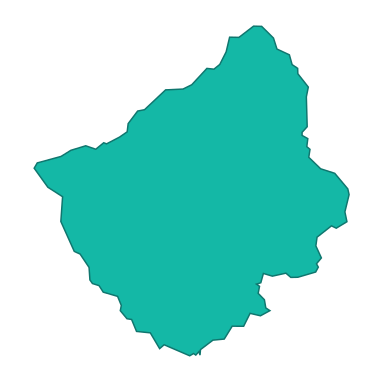 Demir Hisar, Demir Hisar, North Macedonia, rotated 88°
{"feature_id": "65306769B51033238442002", "entity_name": "Demir Hisar", "entity_type": "district", "adm_level": 2, "iso_a3": "MKD", "parent_name": "North Macedonia", "parent_adm1": "Demir Hisar", "projection": "robinson", "projection_center": [21.142, 41.259], "detail": "fine", "context": "isolated", "style": "filled", "palette": "teal", "viewbox_px": 384, "rotation_deg": 88, "n_neighbors": 0, "source": "geoboundaries", "source_scale": "gbopen_adm2", "svg_char_len": 1297}
<svg xmlns="http://www.w3.org/2000/svg" viewBox="0 0 384 384"><g transform="rotate(88 192 192)"><path d="M89.0,211.9L89.0,214.8L108.1,236.6L109.2,243.5L121.4,253.4L129.6,254.7L134.6,262.5L140.9,275.7L139.7,278.5L145.9,286.7L142.1,296.6L146.1,311.6L151.9,321.7L157.5,345.6L162.7,348.9L182.2,335.9L192.2,321.5L216.9,324.1L247.3,311.7L250.1,306.0L263.8,297.5L276.3,297.1L280.0,294.7L282.3,288.2L289.0,284.2L293.7,270.0L302.9,266.6L308.1,267.8L316.4,261.4L317.3,256.8L329.4,252.3L331.3,238.6L347.4,229.8L343.7,225.2L355.6,200.0L353.5,196.1L355.1,193.9L351.7,190.6L355.3,189.7L349.8,189.0L340.8,176.3L340.1,164.9L327.5,156.5L328.0,145.1L315.3,138.2L318.1,127.9L313.3,118.3L310.4,122.3L302.2,123.4L295.6,129.4L288.6,127.8L286.3,130.8L285.1,126.4L275.9,123.5L278.9,114.6L276.4,101.0L280.8,96.2L280.9,89.2L276.3,71.2L271.5,68.4L268.1,70.1L262.4,65.0L250.2,70.1L241.5,68.6L230.7,53.8L233.2,49.1L227.1,38.2L217.2,39.9L200.1,35.1L194.3,36.2L178.3,48.7L173.3,62.6L161.4,74.1L153.5,72.6L150.7,75.7L142.7,74.4L139.3,80.0L136.2,79.9L130.8,74.6L100.9,74.4L91.2,72.1L77.5,82.1L72.1,82.1L68.2,87.5L58.3,89.9L52.1,102.1L41.0,105.2L28.9,116.6L28.4,124.7L39.1,139.7L38.6,149.0L53.2,153.0L65.5,159.8L70.0,165.8L69.0,172.8L84.8,188.5L88.8,197.4L89.0,211.9Z" fill="#14b8a6" stroke="#0f766e" stroke-width="1.5"/></g></svg>